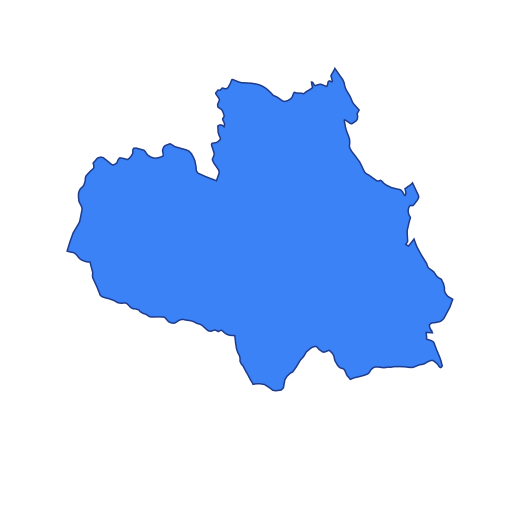 outline of Song Cong, Thái Nguyên, Vietnam, rotated 338°
{"feature_id": "81297802B66276855595229", "entity_name": "Song Cong", "entity_type": "district", "adm_level": 2, "iso_a3": "VNM", "parent_name": "Vietnam", "parent_adm1": "Thái Nguyên", "projection": "equal_earth", "projection_center": [105.825, 21.486], "detail": "fine", "context": "isolated", "style": "filled", "palette": "blue", "viewbox_px": 512, "rotation_deg": 338, "n_neighbors": 0, "source": "geoboundaries", "source_scale": "gbopen_adm2", "svg_char_len": 6123}
<svg xmlns="http://www.w3.org/2000/svg" viewBox="0 0 512 512"><g transform="rotate(338 256 256)"><path d="M428.5,246.8L426.8,247.6L424.6,248.3L422.7,248.5L421.4,249.1L419.4,249.3L418.6,253.8L417.5,255.3L416.8,255.7L416.3,254.9L415.9,251.4L415.0,249.0L413.5,247.7L412.6,247.3L407.2,243.3L403.4,239.1L401.7,236.5L400.9,234.1L399.8,232.4L398.7,232.5L396.9,232.1L395.7,230.8L391.1,223.5L388.8,220.6L388.2,219.0L387.9,216.6L387.8,213.6L387.4,208.1L386.8,205.5L386.2,203.5L385.9,201.8L383.8,194.5L383.5,191.3L383.5,190.2L383.9,188.9L385.5,185.7L386.4,183.0L386.7,179.7L386.7,176.7L386.8,173.2L387.3,169.6L388.6,163.3L388.8,163.0L389.1,163.0L389.6,163.2L393.0,168.3L394.0,169.2L395.1,169.2L399.5,168.2L401.2,167.1L402.4,165.0L403.2,161.8L406.3,159.3L403.5,151.5L403.1,149.4L403.1,145.7L403.0,142.9L401.9,136.2L401.8,133.3L402.0,131.5L402.6,128.2L402.5,124.8L401.4,120.5L399.4,111.6L398.5,112.5L393.0,116.9L392.4,122.2L392.0,122.9L391.3,122.8L390.1,121.4L389.3,121.1L388.1,121.6L386.5,124.0L385.1,125.3L384.3,124.7L380.8,121.3L379.7,120.7L374.5,120.1L373.9,119.0L373.8,117.1L373.4,116.0L372.6,115.5L371.9,118.5L371.5,121.1L368.0,121.9L364.5,122.4L360.9,123.4L360.5,123.2L359.3,122.2L354.7,120.1L352.9,118.6L351.9,119.1L348.9,122.4L347.1,123.2L343.7,123.8L340.7,123.5L339.5,122.9L337.9,121.0L336.1,118.0L334.7,116.1L332.4,113.8L331.9,112.9L331.1,110.7L329.1,106.3L327.8,104.0L326.0,101.5L323.5,98.8L320.6,96.6L316.3,94.0L307.3,89.8L304.7,87.7L300.5,83.6L299.9,83.4L299.6,83.5L299.2,83.8L298.7,84.5L296.6,86.6L293.3,89.3L291.9,89.7L290.2,89.5L288.0,87.8L287.6,87.6L286.8,87.9L285.1,88.9L282.8,87.9L281.5,88.8L279.7,89.7L279.5,90.6L280.8,96.6L280.5,97.7L277.2,101.1L276.6,102.8L276.6,104.0L278.7,106.9L279.2,108.4L279.3,110.7L279.0,114.2L277.9,115.4L276.7,116.0L276.2,117.1L276.4,119.5L276.4,120.9L276.0,122.4L274.8,124.2L273.7,122.2L272.0,121.0L270.5,121.0L269.3,121.2L267.2,127.3L267.0,129.7L267.1,133.0L266.9,134.0L266.6,134.5L263.6,135.7L262.3,136.0L260.8,135.8L257.7,135.1L257.2,135.2L256.5,135.9L256.2,137.7L255.8,144.0L255.5,145.8L254.4,147.3L252.4,149.3L251.6,150.4L251.6,152.3L251.8,154.4L253.4,161.4L253.5,163.4L253.2,164.5L252.5,165.8L247.5,171.4L238.9,163.4L233.2,157.4L232.8,155.9L232.7,154.2L233.8,150.9L235.0,144.7L234.9,140.6L234.4,136.8L233.1,133.6L231.1,131.5L221.7,124.2L219.6,121.2L218.3,119.7L213.1,119.6L211.4,120.3L209.4,122.3L208.6,124.0L208.3,126.2L207.9,127.4L207.2,128.5L204.5,128.6L200.6,128.0L197.9,126.9L195.2,124.5L193.4,121.8L192.8,119.8L192.5,117.7L191.7,115.9L185.4,111.1L183.1,110.3L182.2,110.8L181.6,111.5L180.2,114.6L178.0,116.4L175.3,117.9L172.8,118.4L170.1,116.2L166.6,114.0L165.7,114.2L164.0,115.3L161.7,117.7L159.1,118.1L157.6,118.1L156.3,116.9L154.7,113.8L151.2,107.6L149.0,106.1L145.8,105.8L139.8,108.8L139.6,110.5L139.2,112.4L138.3,113.7L137.4,114.2L134.4,115.2L130.3,117.1L128.1,118.3L127.4,119.2L125.3,123.1L122.7,126.0L121.2,126.8L118.3,127.9L116.5,129.4L114.9,131.4L113.5,134.8L112.5,138.3L112.3,139.6L112.7,143.8L112.7,146.0L112.1,147.8L107.4,155.0L105.4,158.0L103.4,159.8L95.2,166.0L89.2,172.7L82.7,180.7L85.3,182.7L88.0,184.4L89.0,185.6L90.0,187.5L91.0,191.0L91.8,192.9L92.8,194.3L94.3,195.9L97.0,198.1L99.8,199.5L98.5,209.8L98.1,210.9L97.4,212.1L96.7,214.0L96.5,215.1L97.0,225.9L96.9,229.7L97.0,231.5L96.8,233.5L97.1,234.5L98.1,236.2L101.2,238.8L103.3,240.2L106.6,243.1L108.6,245.1L109.4,246.4L110.5,247.6L111.9,248.5L113.8,249.5L116.7,250.3L118.0,251.2L118.9,252.6L120.2,255.9L120.7,257.0L121.4,257.9L122.6,259.1L124.0,259.6L126.2,261.2L127.2,262.3L127.7,264.1L128.7,265.5L130.2,267.3L131.9,268.6L134.6,272.4L136.2,273.4L142.8,275.9L147.9,278.2L148.4,278.8L150.3,284.1L152.0,286.0L154.3,287.4L155.8,287.7L158.8,287.2L159.8,286.9L162.2,286.8L164.8,287.5L166.5,288.8L171.3,291.6L173.5,293.4L176.1,296.5L178.1,297.9L179.4,299.3L180.2,300.4L183.1,306.5L184.2,307.9L186.1,308.9L190.1,309.1L191.6,310.5L192.4,311.7L193.1,312.0L195.0,311.7L195.7,311.8L196.2,312.0L197.1,313.2L197.5,314.4L199.2,317.2L200.7,318.7L202.2,319.8L206.5,321.9L204.5,329.1L203.2,334.7L203.1,336.0L203.0,338.0L203.0,339.5L203.3,341.0L203.2,343.4L202.8,345.2L201.8,347.5L201.8,348.3L201.9,350.1L202.1,351.3L202.6,352.4L202.8,353.3L203.5,360.1L203.8,361.7L204.5,368.6L205.1,372.1L205.2,373.9L207.8,374.4L211.6,375.8L215.7,378.3L219.4,383.5L221.2,386.7L223.7,388.3L229.1,389.7L232.0,388.5L236.3,381.7L239.5,379.2L243.8,377.5L246.5,377.3L251.7,374.0L258.0,369.2L262.4,367.1L266.7,363.8L271.2,362.3L273.7,361.7L276.6,361.9L278.2,362.6L279.5,366.4L282.0,370.1L283.3,370.7L285.4,370.8L288.2,370.8L288.6,370.9L288.9,371.3L289.1,372.1L290.2,374.4L290.6,376.1L290.7,378.5L290.3,380.0L290.0,382.7L290.1,384.1L290.4,385.4L290.5,387.0L291.0,388.9L291.8,390.7L293.2,392.2L294.3,392.8L294.8,393.4L295.1,394.0L295.5,395.8L295.6,400.5L295.8,401.5L296.7,403.7L297.0,405.2L297.3,405.7L301.3,405.7L307.6,406.7L312.4,407.2L314.9,407.2L316.3,407.0L318.1,405.9L320.0,404.5L322.7,403.6L324.3,403.4L327.4,404.5L332.1,407.2L334.4,408.0L336.7,408.4L338.8,409.5L342.8,410.4L348.1,412.5L352.7,414.6L356.4,416.7L359.1,417.9L360.6,418.1L366.7,418.1L369.2,418.7L371.6,419.0L375.6,418.4L379.0,418.4L380.5,418.9L381.5,419.9L383.7,424.0L384.5,427.5L385.3,428.6L386.4,428.5L387.6,427.6L387.8,425.3L388.2,423.0L388.4,418.5L388.3,409.9L388.5,402.7L388.1,401.9L387.1,400.4L385.4,398.9L383.0,397.0L384.0,394.6L385.1,390.6L390.8,393.3L390.9,390.9L390.5,390.9L390.3,387.4L390.8,385.1L391.4,384.6L392.3,384.2L393.4,384.0L395.1,384.2L397.2,384.9L401.9,385.7L404.0,385.4L406.7,384.3L416.8,375.9L422.2,369.8L418.9,365.5L418.1,363.5L417.7,361.2L417.7,359.2L418.2,357.5L418.8,356.2L419.5,351.7L419.2,349.5L419.2,347.5L418.7,346.3L417.7,345.4L416.5,343.5L415.7,341.5L415.5,340.2L414.8,337.1L411.4,331.6L411.2,329.5L411.4,326.9L409.5,315.9L408.6,307.7L408.7,302.3L408.9,299.5L401.1,303.9L399.2,301.4L402.1,299.3L404.4,292.5L405.2,290.2L406.2,288.3L410.9,281.6L413.5,278.4L413.6,277.7L413.3,275.9L413.3,274.1L413.5,272.8L414.3,270.4L415.5,268.7L416.5,267.7L417.7,267.0L418.3,267.0L419.5,267.8L420.4,268.0L422.0,267.3L424.3,265.9L425.8,265.1L427.6,263.8L428.8,262.6L429.1,261.6L429.3,260.8L428.5,246.8Z" fill="#3b82f6" stroke="#1e3a8a" stroke-width="1.5"/></g></svg>